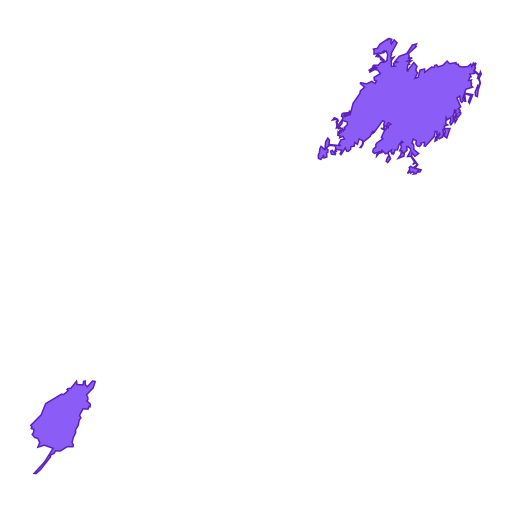 Røst nor, Norway
{"feature_id": "86288312B15540071122538", "entity_name": "Røst nor", "entity_type": "district", "adm_level": 2, "iso_a3": "NOR", "parent_name": "Norway", "parent_adm1": "", "projection": "mercator", "projection_center": [12.078, 67.493], "detail": "fine", "context": "isolated", "style": "filled", "palette": "violet", "viewbox_px": 512, "rotation_deg": 0, "n_neighbors": 0, "source": "geoboundaries", "source_scale": "gbopen_adm2", "svg_char_len": 5917}
<svg xmlns="http://www.w3.org/2000/svg" viewBox="0 0 512 512"><path d="M388.0,38.8L379.9,44.2L377.3,48.4L373.4,49.1L374.1,50.7L374.0,54.1L378.3,53.3L375.5,57.0L378.1,55.1L378.0,56.8L380.2,56.8L380.6,59.5L384.4,61.7L384.0,60.1L378.5,54.8L379.0,53.2L380.9,53.6L384.7,50.4L383.9,52.4L386.2,50.9L387.7,54.6L386.8,60.7L383.6,62.3L380.9,62.2L378.2,65.2L373.7,65.2L372.9,66.1L376.5,67.4L372.4,69.3L373.7,67.7L372.9,67.5L368.6,70.5L371.8,70.1L369.3,72.4L376.2,68.7L375.7,69.7L377.7,70.0L380.4,73.6L374.0,77.4L374.4,80.3L376.5,81.0L375.0,83.5L371.8,81.3L366.4,83.9L360.7,82.7L360.3,83.4L364.6,87.3L360.4,90.8L359.8,93.6L353.1,103.2L350.2,114.6L346.6,115.8L347.2,113.2L348.3,113.8L349.4,112.8L349.6,110.4L349.0,112.7L345.7,112.9L345.0,114.5L346.1,114.4L344.9,116.7L343.8,115.9L344.9,114.1L344.1,112.9L342.0,113.9L341.5,116.3L342.8,117.2L342.6,119.1L337.7,125.9L337.0,122.6L338.2,120.9L337.6,119.2L334.4,117.7L332.5,120.0L336.2,119.3L337.6,120.8L336.2,121.8L337.0,125.4L336.4,128.0L338.0,127.2L338.3,128.7L341.6,128.6L339.1,126.8L341.9,123.7L342.3,120.4L347.3,122.0L347.4,124.6L344.7,127.2L344.9,129.0L343.4,130.7L342.9,128.4L341.0,132.0L340.5,130.4L339.7,130.7L339.4,133.2L338.1,131.8L337.8,135.3L340.0,135.8L339.6,137.8L342.8,136.3L344.5,139.0L340.9,139.8L338.8,144.4L341.0,145.7L329.0,144.5L329.5,140.1L327.8,138.1L325.6,141.8L324.9,149.7L321.1,146.3L319.9,148.5L319.4,152.7L318.3,155.0L318.4,158.4L320.9,159.4L323.4,155.8L324.0,158.0L326.9,156.9L326.6,153.1L327.9,152.1L327.9,149.5L325.9,148.3L329.5,145.4L335.4,145.9L335.7,148.7L334.3,152.6L332.1,150.3L330.6,151.2L331.4,154.1L335.1,154.7L335.6,153.8L334.5,152.8L336.4,151.2L335.3,150.5L336.0,149.4L341.7,150.2L340.1,153.9L341.0,154.7L345.3,147.9L346.6,151.1L348.1,151.4L350.6,149.2L350.9,146.7L354.3,146.1L354.7,142.5L357.4,144.4L359.2,138.9L362.6,140.7L362.5,144.3L360.1,147.5L361.0,147.6L362.8,144.8L363.5,141.8L370.0,136.6L372.8,131.4L373.5,131.4L373.3,133.0L374.4,132.1L382.6,120.7L384.5,121.6L383.6,125.1L385.2,126.0L386.9,126.4L387.3,123.8L388.6,122.7L390.8,124.2L388.7,125.0L388.3,127.7L386.4,126.9L386.5,128.7L385.2,129.8L384.3,127.2L384.8,126.6L383.7,126.9L383.9,128.2L383.3,128.8L382.2,128.4L380.9,128.3L384.7,130.1L381.3,137.5L382.9,138.8L376.8,143.0L375.8,144.6L375.9,147.1L373.4,148.9L372.7,151.9L374.5,153.4L380.1,151.5L376.8,154.6L376.6,156.2L379.8,152.2L380.1,153.0L382.6,152.5L380.9,152.4L381.9,150.2L385.5,153.9L388.1,152.8L388.8,156.6L387.6,157.1L386.2,161.3L387.7,162.5L390.6,158.7L388.5,154.0L388.5,151.9L391.6,149.9L391.1,152.5L393.0,153.2L391.1,153.7L393.5,154.1L395.1,149.8L397.5,149.9L399.1,144.7L401.6,141.2L403.0,142.2L401.1,143.2L400.7,145.1L401.5,146.9L399.7,150.8L401.7,150.7L403.0,153.0L401.2,152.1L400.8,154.6L398.2,158.4L403.9,156.2L404.4,152.6L407.1,150.2L406.7,146.5L408.3,146.8L410.4,148.7L410.6,150.7L407.5,156.6L410.9,156.3L414.6,162.2L412.7,164.5L415.7,162.8L417.1,165.1L413.0,167.8L410.7,166.3L409.2,167.4L409.8,169.0L407.5,173.5L410.1,171.5L410.5,173.2L412.8,171.9L414.7,173.2L413.7,174.0L416.1,173.7L418.3,170.4L418.4,172.0L419.9,172.0L421.2,169.8L415.0,168.2L417.8,164.7L411.6,156.2L412.1,152.9L414.9,156.3L418.7,153.5L413.9,149.6L413.6,144.3L412.0,143.2L413.2,139.1L416.3,140.8L415.9,143.8L417.4,146.0L419.5,146.5L421.3,144.5L420.8,143.1L424.6,142.3L424.1,145.9L425.4,146.2L434.4,136.3L435.1,131.4L437.0,131.6L436.6,134.1L437.4,135.8L435.6,137.4L435.0,141.1L437.1,140.0L437.1,136.7L439.6,133.3L439.9,134.6L438.1,136.1L438.3,137.5L439.3,138.8L442.5,137.1L443.6,133.6L442.9,129.8L443.7,129.0L445.2,130.9L444.3,136.2L446.8,138.0L450.0,128.5L444.8,128.6L444.2,126.1L447.8,124.9L445.7,123.8L446.2,117.7L447.2,119.8L450.4,117.7L450.7,120.5L449.7,122.6L450.9,124.8L453.4,121.4L453.3,116.8L452.5,116.4L453.7,114.8L454.6,110.0L456.1,110.4L455.2,112.9L456.9,113.9L455.5,115.0L454.9,116.2L454.8,117.9L454.3,118.5L455.1,122.6L457.1,119.1L455.1,116.1L456.6,115.5L457.9,117.3L460.7,113.8L460.7,112.4L459.3,112.3L460.1,110.7L459.6,109.5L458.3,108.9L460.7,106.8L456.9,97.8L459.7,96.1L460.4,100.9L461.8,102.4L463.3,100.6L462.7,98.3L463.9,95.3L464.9,101.3L465.6,101.3L464.6,93.7L470.8,95.5L468.4,101.8L469.5,103.3L472.8,94.6L464.6,93.2L465.8,89.3L472.6,87.1L471.2,85.6L471.6,83.1L470.7,82.3L471.5,80.0L468.6,80.5L469.7,77.3L471.1,76.8L469.8,74.1L474.5,73.4L474.0,71.0L478.5,75.0L477.4,78.4L478.9,79.3L479.9,82.8L478.1,88.2L477.6,86.0L475.1,92.2L475.5,95.8L477.4,96.6L478.1,90.3L480.4,83.1L479.1,78.2L481.3,74.0L480.4,71.8L479.5,74.9L474.4,70.5L475.5,67.9L474.8,67.1L475.9,63.6L475.3,63.1L474.2,63.4L474.2,65.9L473.2,63.4L471.8,66.8L470.8,64.0L467.7,66.6L462.4,67.0L459.0,66.2L458.3,64.3L456.1,64.1L456.0,62.6L449.6,63.7L447.1,61.1L443.0,65.2L437.9,66.9L436.6,64.9L434.8,65.4L434.0,67.6L431.7,67.0L424.7,72.3L424.6,69.0L420.1,70.0L418.1,77.4L415.0,78.3L417.6,72.7L416.2,71.5L416.0,69.1L417.0,66.3L413.8,62.5L407.4,70.8L408.4,71.6L406.9,70.4L407.9,64.7L409.5,64.4L408.7,62.9L411.3,60.8L407.5,61.1L412.2,57.7L408.7,58.2L409.2,56.4L408.5,53.6L416.2,46.6L415.4,45.9L416.5,43.9L412.4,45.0L406.7,53.6L399.3,56.3L395.0,61.4L397.2,62.0L393.5,63.3L393.8,65.3L395.0,66.1L391.4,66.4L391.3,60.6L393.8,57.2L391.0,58.4L390.8,56.1L391.7,54.4L391.2,53.5L397.0,42.8L394.1,39.9L391.4,44.0L390.7,42.3L391.8,39.4L388.9,38.4L386.9,40.7L388.0,38.8ZM77.1,384.6L76.5,381.2L70.8,388.4L67.9,388.5L67.0,389.5L68.1,390.8L63.3,394.7L61.6,394.1L45.7,403.6L41.2,414.8L30.7,425.4L32.0,426.8L31.2,428.5L33.9,429.4L33.6,432.3L32.2,434.5L34.9,437.6L37.7,438.2L39.7,442.6L37.8,447.2L44.3,445.2L53.1,448.3L44.5,462.1L34.1,473.4L36.0,473.6L40.4,469.7L50.6,456.8L50.1,455.4L54.3,453.2L55.5,450.9L60.5,450.9L67.2,446.7L73.0,446.7L73.3,444.7L72.1,442.8L73.2,437.7L75.6,432.8L75.6,429.7L78.2,425.4L79.3,419.8L80.9,418.0L79.5,415.3L83.0,408.9L88.1,409.1L88.9,406.5L90.1,406.8L90.3,404.1L86.8,400.8L87.9,399.8L87.8,397.4L86.5,394.8L93.1,388.0L95.3,381.5L92.5,381.0L87.3,386.8L85.2,384.5L85.3,381.0L83.6,381.4L83.0,384.9L77.1,384.6Z" fill="#8b5cf6" stroke="#5b21b6" stroke-width="1.5"/></svg>